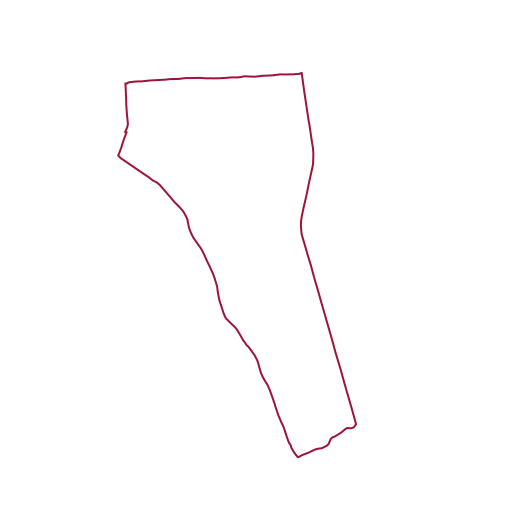 the district of Huai Khwang, Bangkok Metropolis, Thailand, rotated 162°
{"feature_id": "78962969B70795195201443", "entity_name": "Huai Khwang", "entity_type": "district", "adm_level": 2, "iso_a3": "THA", "parent_name": "Thailand", "parent_adm1": "Bangkok Metropolis", "projection": "equal_earth", "projection_center": [100.586, 13.772], "detail": "fine", "context": "isolated", "style": "outline", "palette": "rose", "viewbox_px": 512, "rotation_deg": 162, "n_neighbors": 0, "source": "geoboundaries", "source_scale": "gbopen_adm2", "svg_char_len": 5558}
<svg xmlns="http://www.w3.org/2000/svg" viewBox="0 0 512 512"><g transform="rotate(162 256 256)"><path d="M356.0,394.0L354.4,390.8L350.8,386.2L342.6,375.5L340.6,372.9L336.7,367.9L333.5,363.9L332.9,362.9L330.8,359.7L330.4,359.4L330.1,359.1L328.5,357.5L328.1,357.2L327.3,356.0L327.1,355.7L326.3,354.5L325.8,353.7L325.4,352.9L321.5,343.7L320.4,341.0L319.7,339.5L319.3,338.6L318.0,335.2L317.0,332.7L316.8,332.3L314.0,326.9L313.5,325.8L311.8,321.8L311.2,319.9L311.0,318.9L310.6,316.9L310.3,315.5L310.3,315.3L310.2,314.1L310.1,313.5L310.1,313.0L310.1,312.8L309.9,311.9L309.9,311.7L309.9,311.4L309.9,310.9L310.0,310.7L310.2,310.3L310.4,309.9L310.5,309.8L310.5,309.7L310.4,308.5L310.7,306.4L310.9,304.7L310.9,304.3L311.0,302.0L310.9,301.4L310.9,300.7L310.6,297.6L310.4,295.5L309.8,292.4L309.3,290.7L307.5,284.8L306.2,280.8L305.7,278.7L305.6,278.3L304.8,272.6L304.2,266.7L304.1,265.9L303.4,261.2L303.2,259.8L303.0,257.6L302.4,252.7L302.2,248.0L302.3,245.4L302.3,244.0L302.3,243.4L302.3,242.9L302.5,238.5L302.7,237.4L302.9,236.4L303.0,235.9L303.0,235.7L303.3,234.6L303.3,234.4L303.4,234.0L303.9,230.3L304.4,226.6L304.6,223.0L304.5,220.3L304.5,219.5L304.5,218.9L304.5,213.6L304.5,211.5L304.4,210.6L304.2,207.9L304.0,206.7L303.8,206.0L303.7,205.6L302.7,203.7L301.4,201.2L299.8,198.1L298.4,195.6L297.4,193.4L296.8,191.6L296.6,190.8L295.5,186.0L294.5,181.0L294.1,179.3L293.6,178.2L292.6,174.5L292.3,173.8L292.2,173.5L292.1,173.3L291.6,172.6L291.4,172.2L291.2,172.0L291.2,171.9L291.1,171.7L289.7,167.3L289.6,167.2L289.2,165.8L288.1,162.4L287.8,161.2L287.7,160.3L287.5,158.9L287.2,157.1L287.1,156.2L287.1,155.8L287.0,155.4L287.0,154.7L287.0,154.2L287.2,149.8L287.4,144.8L287.4,143.2L287.4,142.4L287.0,139.3L287.0,138.9L286.3,135.5L285.9,133.9L285.0,130.2L284.8,129.1L284.7,127.6L284.4,125.3L284.3,124.3L284.1,117.1L284.0,112.0L284.0,111.6L283.9,109.0L284.1,107.6L284.0,103.5L284.0,97.9L283.4,90.9L283.2,88.9L282.9,87.6L282.8,86.8L282.7,85.4L282.6,83.7L282.6,83.1L282.6,82.4L282.6,80.8L282.6,79.8L282.6,76.0L282.5,72.9L282.5,70.3L282.4,69.8L282.3,67.8L282.2,67.7L282.2,67.4L281.9,66.9L281.8,66.6L281.7,66.4L281.6,65.7L281.5,64.8L281.5,64.2L281.6,62.6L281.6,62.4L281.4,61.7L281.1,60.1L280.5,57.6L279.4,54.2L279.0,53.4L278.8,53.1L278.8,52.8L278.8,52.5L278.2,51.8L277.7,51.7L277.3,51.6L277.1,51.7L273.6,52.4L273.3,52.4L272.9,52.4L272.6,52.5L272.3,52.5L271.9,52.5L269.2,52.6L267.3,52.7L266.5,52.8L266.4,52.8L265.5,52.9L265.0,53.0L261.7,53.5L259.1,53.7L257.5,53.6L256.1,53.5L253.9,53.0L253.1,52.9L251.9,53.0L247.3,53.7L247.2,53.8L246.8,53.9L246.5,54.1L245.8,54.4L245.7,54.4L245.6,54.5L245.3,54.6L244.9,55.0L243.6,56.4L242.4,57.9L242.2,58.1L241.2,59.1L240.1,59.6L239.9,59.7L239.6,59.8L239.4,59.9L237.5,59.9L237.3,59.9L234.2,60.6L233.3,60.8L229.5,61.8L225.0,63.6L224.6,63.7L222.8,64.2L222.6,64.3L222.0,64.0L221.5,63.8L220.9,63.6L220.2,63.3L220.0,63.2L219.1,62.9L218.9,62.9L218.5,62.8L218.3,62.8L216.8,62.8L216.2,62.8L215.9,62.9L215.5,63.1L214.6,63.8L214.2,64.1L212.9,65.1L212.8,65.6L212.1,80.8L211.7,93.8L211.6,96.2L211.6,97.2L211.2,107.8L210.6,121.1L210.2,139.9L209.8,147.3L209.4,156.7L209.0,169.0L208.6,180.5L208.2,192.6L207.8,201.9L207.4,216.4L206.7,229.7L206.5,241.9L206.3,247.4L206.0,258.4L205.9,261.5L205.6,264.0L204.7,267.7L203.8,271.3L202.3,275.4L200.1,279.8L195.3,288.1L188.8,298.9L183.3,308.7L176.6,320.1L175.0,322.8L173.3,325.9L171.3,331.4L169.7,336.0L169.2,337.9L169.2,338.0L168.4,341.6L167.3,348.7L164.6,364.5L164.2,368.1L159.1,398.6L156.9,410.9L156.0,415.9L156.8,416.0L157.5,415.9L157.9,415.8L158.6,415.9L159.4,416.1L161.5,416.6L161.8,416.7L162.3,416.8L162.6,416.8L162.9,416.9L163.8,417.1L166.8,418.0L167.3,418.2L171.1,419.3L175.6,420.8L176.7,421.2L178.6,421.6L179.7,421.8L180.0,421.9L180.4,421.9L181.6,422.2L181.8,422.3L182.2,422.4L182.6,422.5L182.8,422.5L183.0,422.5L183.2,422.3L183.4,422.4L183.5,422.4L183.7,422.5L183.8,422.5L184.8,422.8L191.8,424.7L192.2,424.8L192.4,424.9L193.1,425.1L194.7,425.5L199.6,426.4L199.8,426.5L200.4,426.6L200.9,426.7L202.6,427.2L203.1,427.4L204.5,427.9L205.2,428.1L205.9,428.4L207.2,428.9L207.5,429.0L208.3,429.3L208.9,429.6L209.4,429.8L211.9,430.5L213.6,430.8L215.5,430.9L215.9,431.0L218.1,431.5L218.7,431.7L221.8,432.7L222.8,433.0L223.9,433.3L225.2,433.7L229.2,434.6L231.9,435.3L234.6,436.0L235.8,436.3L236.6,436.6L240.1,437.6L240.9,437.9L242.3,438.3L243.8,438.9L245.4,439.4L246.3,439.6L246.5,439.7L246.8,439.8L247.8,440.1L248.2,440.3L248.4,440.4L248.5,440.4L248.9,440.5L249.0,440.6L249.3,440.7L249.4,440.8L250.6,441.2L250.8,441.3L251.0,441.4L252.8,442.2L254.3,442.7L254.8,442.9L255.3,443.0L255.8,443.2L256.4,443.4L256.8,443.5L257.4,443.7L258.8,444.1L259.3,444.3L260.3,444.6L260.5,444.6L263.7,445.6L265.2,446.1L266.4,446.5L267.2,446.7L268.1,447.0L268.7,447.1L269.0,447.2L269.5,447.3L271.2,447.6L272.2,447.8L272.6,447.9L273.3,448.0L273.7,448.0L275.3,448.4L276.3,448.7L277.3,449.0L278.6,449.5L279.1,449.6L279.4,449.7L279.5,449.8L280.1,449.9L280.4,450.0L280.7,450.1L280.9,450.1L281.0,450.2L283.1,450.8L287.1,451.6L288.4,451.9L291.7,452.8L295.9,453.9L298.8,454.7L303.9,456.0L305.9,456.4L311.2,457.5L314.2,458.5L317.8,459.4L322.8,460.4L324.2,460.4L324.4,460.3L324.5,460.3L324.7,460.2L325.0,459.9L326.9,460.4L327.6,457.7L330.8,446.1L331.0,445.4L332.6,440.0L333.2,437.7L334.4,433.0L335.5,428.1L335.9,426.3L336.2,424.8L337.0,421.3L337.3,420.6L338.0,419.4L338.4,418.6L339.4,417.4L339.5,417.3L339.6,417.2L339.8,417.0L339.8,416.9L340.8,415.8L341.0,415.6L341.5,415.1L342.1,414.5L340.9,413.6L345.3,408.2L347.8,404.7L348.4,404.0L350.6,400.7L351.9,399.2L352.6,398.2L355.1,395.2L356.0,394.0Z" fill="none" stroke="#9f1239" stroke-width="2"/></g></svg>